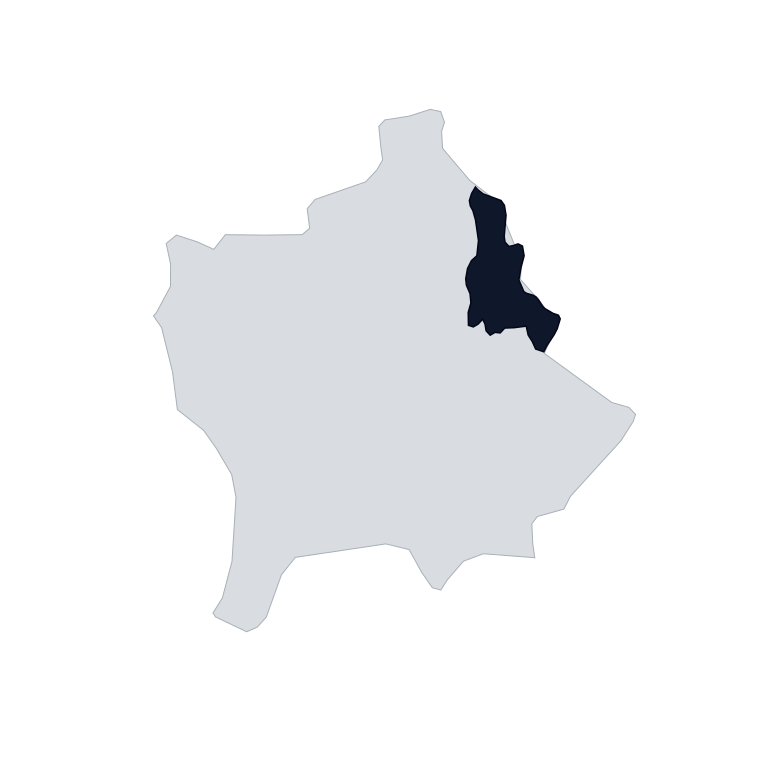 Kosovo, with Podujevo highlighted, rotated 17°
{"feature_id": "KOS-5901", "entity_name": "Podujevo", "entity_type": "District", "adm_level": 1, "iso_a3": "XKX", "parent_name": "Kosovo", "parent_adm1": "", "projection": "albers", "projection_center": [21.187, 42.93], "detail": "fine", "context": "in_parent", "style": "filled", "palette": "ink", "viewbox_px": 768, "rotation_deg": 17, "n_neighbors": 0, "source": "natural_earth", "source_scale": "10m", "svg_char_len": 1828}
<svg xmlns="http://www.w3.org/2000/svg" viewBox="0 0 768 768"><g transform="rotate(17 384 384)"><path d="M226.0,276.6L262.1,265.1L267.4,256.8L259.3,238.8L264.2,227.6L307.4,196.0L314.5,181.6L317.2,170.2L311.6,158.1L303.7,139.1L307.6,131.2L329.9,120.4L348.0,107.8L358.6,106.9L365.3,116.0L365.2,125.5L371.1,141.5L384.4,150.1L406.4,164.2L432.1,173.9L452.2,193.1L479.8,227.3L484.0,244.2L508.8,259.3L531.9,276.3L528.4,307.9L607.2,335.1L625.0,334.8L633.4,339.5L633.3,346.7L627.2,368.9L595.1,436.9L592.6,451.0L569.4,465.9L566.2,474.4L572.9,493.1L579.0,506.2L578.5,506.1L528.6,517.3L511.8,530.2L501.8,552.7L498.6,564.4L489.8,564.7L475.1,553.1L456.5,535.0L432.4,536.4L349.9,575.7L341.7,596.4L339.6,641.3L334.0,653.4L325.1,661.1L291.0,656.0L287.4,653.0L292.0,635.8L290.5,598.1L275.6,535.6L264.8,515.1L242.5,494.6L225.1,481.1L193.9,468.9L178.3,434.4L154.9,395.2L143.6,386.2L145.5,382.3L151.3,353.1L144.8,331.6L134.6,313.3L141.9,302.3L163.8,302.7L181.9,305.0L188.6,287.6L226.0,276.6Z" fill="#d9dde1" stroke="#a8b0b8" stroke-width="1"/><path d="M413.8,168.9L417.2,170.9L423.1,173.2L442.3,174.3L446.9,177.9L451.4,187.0L455.8,207.7L458.2,212.9L463.3,215.9L467.3,213.7L471.2,210.8L476.1,211.6L480.5,220.4L481.0,232.6L482.6,245.1L490.7,254.7L493.9,255.6L500.7,255.5L504.0,256.3L507.0,258.2L512.6,263.0L515.6,264.8L524.9,267.0L530.7,267.2L533.5,270.2L533.5,272.3L533.5,280.5L532.3,287.1L528.4,300.4L527.4,306.5L518.8,306.2L513.5,300.2L507.6,295.1L503.1,287.1L492.0,292.1L483.1,295.2L480.2,301.2L475.0,302.2L471.3,306.3L466.1,303.3L463.1,297.2L459.4,293.2L456.5,299.2L452.7,303.3L447.6,303.2L445.3,296.2L443.6,290.9L443.4,281.1L439.9,272.5L433.9,265.4L431.4,259.5L430.1,249.1L431.6,240.4L435.3,234.2L432.4,219.2L423.5,200.3L418.3,192.2L414.5,188.5L412.0,183.6L412.1,176.1L413.8,168.9Z" fill="#0f172a" stroke="#020617" stroke-width="1.5"/></g></svg>